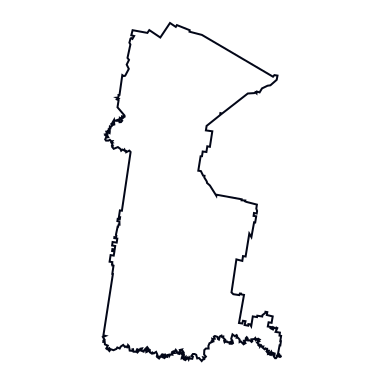 the district of Federation, New South Wales, Australia
{"feature_id": "25037944B19057969948609", "entity_name": "Federation", "entity_type": "district", "adm_level": 2, "iso_a3": "AUS", "parent_name": "Australia", "parent_adm1": "New South Wales", "projection": "albers", "projection_center": [146.287, -35.462], "detail": "fine", "context": "isolated", "style": "outline", "palette": "ink", "viewbox_px": 384, "rotation_deg": 0, "n_neighbors": 0, "source": "geoboundaries", "source_scale": "gbopen_adm2", "svg_char_len": 6081}
<svg xmlns="http://www.w3.org/2000/svg" viewBox="0 0 384 384"><path d="M103.4,335.4L105.5,335.9L102.9,337.0L104.6,339.8L103.4,340.5L103.3,341.9L104.7,341.8L104.9,344.4L107.8,345.6L106.3,348.5L107.2,349.2L109.3,348.1L109.8,348.9L108.8,350.3L109.4,351.0L110.7,349.2L113.5,350.2L116.4,348.9L117.3,347.5L119.7,348.5L120.7,346.6L123.2,344.9L125.0,347.0L126.0,346.4L127.2,347.4L127.8,347.1L128.1,345.2L129.0,346.2L129.7,350.6L132.5,350.9L133.0,350.1L132.6,349.3L133.0,349.2L133.5,351.7L136.6,351.8L137.4,352.5L138.4,351.4L136.7,350.2L137.2,349.2L139.3,350.2L140.4,348.7L142.0,348.4L141.0,350.6L143.5,351.6L143.7,350.5L144.8,350.5L145.0,349.3L147.2,347.1L148.6,349.0L146.6,349.4L146.4,352.0L149.8,350.4L149.9,352.3L151.9,353.6L152.4,352.5L153.8,353.4L156.1,351.9L157.3,354.5L156.9,356.0L158.2,356.3L157.4,357.2L159.1,358.5L162.2,354.3L163.3,354.6L161.9,355.0L162.4,356.0L162.1,357.0L163.5,357.6L163.6,356.4L165.1,354.6L166.1,355.9L164.8,356.6L165.0,357.5L165.8,356.7L167.1,356.9L167.5,355.0L168.9,354.7L169.3,356.1L170.3,354.5L172.4,354.7L172.0,353.1L174.2,353.0L172.7,351.7L173.5,351.3L174.3,352.0L175.7,349.8L176.7,351.1L176.6,352.6L178.0,352.4L178.1,353.6L179.3,354.0L180.5,352.8L179.6,352.1L180.2,351.3L179.8,350.0L181.6,349.6L180.7,350.9L182.4,350.5L183.5,352.2L181.6,353.0L181.5,353.9L182.2,354.3L183.7,353.5L184.0,354.9L182.4,355.1L182.4,356.0L183.6,356.7L181.9,357.2L181.7,358.3L183.6,357.6L183.7,359.3L185.4,360.1L186.1,359.3L184.9,359.2L184.9,357.8L185.8,356.9L186.0,358.5L186.7,358.8L187.6,357.7L188.6,359.5L189.3,357.4L190.3,358.6L192.3,358.8L192.9,356.7L191.4,356.0L192.9,354.0L194.6,354.0L196.2,354.8L197.2,358.4L199.0,358.0L201.7,361.0L202.6,359.7L204.1,359.2L203.3,357.4L204.8,357.8L205.9,356.6L204.1,354.5L204.3,350.1L205.9,348.5L208.6,348.5L208.4,345.9L209.5,343.2L212.5,341.8L211.7,341.1L212.4,340.4L212.3,339.3L213.4,340.2L213.3,338.8L214.7,338.7L213.9,336.6L214.9,336.0L217.5,336.9L218.0,339.0L218.9,339.6L219.9,336.4L221.5,335.6L221.9,336.8L223.3,336.5L223.3,338.0L225.1,339.6L224.1,340.7L224.5,341.9L225.1,341.0L225.8,341.8L226.7,341.3L227.3,342.2L229.1,342.2L229.6,343.7L232.0,343.8L233.0,343.1L232.6,341.6L231.6,342.5L230.3,342.1L232.2,340.5L231.2,338.8L232.5,334.4L234.8,336.2L236.6,335.1L237.2,336.2L236.6,337.7L238.1,337.9L239.6,339.5L239.6,342.0L240.8,341.4L243.6,344.3L245.0,343.4L243.8,342.9L243.7,342.3L244.8,341.9L244.1,340.7L245.8,340.4L245.8,338.2L246.7,337.2L247.4,338.1L246.6,338.6L246.5,339.9L247.7,339.3L248.1,340.5L249.8,340.3L251.6,341.9L252.3,341.2L251.6,339.3L254.2,339.1L255.2,338.1L255.6,339.6L256.1,338.8L257.0,339.3L258.2,338.7L259.6,339.6L257.8,340.8L259.0,341.5L257.1,342.6L258.3,343.9L258.3,345.1L258.9,345.6L259.9,344.7L260.5,345.2L260.3,346.4L261.3,345.5L261.8,346.5L263.1,346.5L262.5,347.5L264.6,349.3L265.2,349.0L265.0,347.7L265.6,348.7L267.1,348.8L266.9,350.5L268.9,350.7L268.7,351.6L266.9,351.8L267.6,352.8L268.7,352.8L268.2,354.1L269.6,354.0L270.2,354.9L271.5,354.6L270.5,352.6L271.2,351.7L271.8,354.0L272.6,352.8L274.3,353.4L272.7,354.8L274.4,355.0L273.8,356.4L275.1,358.2L276.0,358.2L277.3,356.4L276.1,355.3L280.0,357.0L280.8,356.5L280.4,355.5L278.8,355.1L279.0,354.1L278.0,353.9L279.6,345.3L280.3,345.4L280.9,341.2L280.3,341.1L281.1,335.9L279.5,335.6L279.9,332.6L275.6,331.9L277.3,328.1L276.4,327.6L275.9,328.6L273.0,327.1L272.6,328.0L273.5,328.5L273.0,329.5L270.5,328.2L270.9,327.0L267.8,326.5L268.6,322.3L271.6,322.8L272.7,316.4L266.8,315.0L267.3,312.1L265.5,311.8L265.4,312.8L262.4,315.2L262.2,316.5L257.3,315.7L257.0,317.1L252.8,316.4L251.2,326.2L250.1,324.3L248.4,324.1L248.2,325.7L244.6,325.0L245.5,321.2L243.0,320.8L242.3,323.5L239.0,323.0L244.0,294.9L240.8,294.3L240.9,293.6L239.9,293.5L239.2,295.1L233.3,294.2L231.5,292.4L236.4,259.4L242.3,260.9L243.0,256.1L245.6,256.5L249.3,233.6L251.4,237.1L254.1,222.3L255.2,222.5L256.2,216.3L253.6,215.9L254.0,213.0L256.7,213.5L257.1,211.0L256.3,208.6L256.9,204.6L246.4,201.9L245.0,201.3L245.2,200.5L241.6,200.3L241.7,199.3L216.4,194.7L216.3,195.7L209.9,185.5L207.0,182.9L206.8,181.5L204.3,177.5L204.5,175.8L203.1,175.6L200.9,171.1L198.3,170.7L200.6,156.3L202.0,156.2L202.7,151.5L206.4,152.0L207.3,146.3L209.9,146.8L212.3,131.3L205.9,130.4L206.6,125.9L220.1,115.1L220.4,113.1L221.3,113.3L221.1,114.3L247.8,93.5L254.2,93.1L255.3,92.5L256.1,93.1L255.9,92.1L256.9,92.3L257.0,91.6L259.6,92.4L262.0,88.4L267.6,85.7L270.4,85.3L276.7,79.8L277.5,75.6L274.4,75.1L273.0,76.7L201.9,34.9L189.5,31.7L189.7,30.2L176.9,25.1L175.8,26.9L170.0,23.0L160.3,37.5L149.3,30.1L147.4,32.9L132.6,30.2L131.3,35.3L134.1,36.0L132.4,38.9L131.2,38.1L130.5,38.6L129.4,42.7L130.4,44.5L127.5,57.9L129.0,59.9L126.7,64.6L128.8,68.9L125.2,75.7L123.8,76.1L122.3,75.1L119.5,94.9L118.5,95.0L118.6,96.5L117.8,97.6L116.7,97.7L118.5,98.6L117.1,99.5L118.6,100.2L117.5,107.3L124.5,115.5L124.6,116.4L122.0,116.3L122.0,118.0L122.8,118.1L122.1,118.7L119.9,117.8L120.0,119.2L122.1,120.8L121.0,122.1L119.5,122.2L118.8,119.4L117.5,120.1L117.8,120.8L116.7,120.8L116.7,120.2L114.3,121.0L114.1,119.8L112.8,122.0L114.1,122.7L114.3,124.5L113.0,124.9L111.9,123.5L111.3,123.9L111.7,126.1L110.8,126.7L110.5,127.8L109.8,127.0L109.5,129.7L108.8,129.4L108.8,130.2L109.8,130.8L109.7,132.2L107.6,130.9L106.9,131.6L107.7,132.5L106.5,132.1L107.1,133.9L105.9,134.2L106.6,134.6L105.3,135.2L106.7,136.5L107.6,136.1L108.2,137.2L106.0,137.6L105.2,139.4L106.0,140.6L108.5,140.6L109.8,139.8L111.4,141.3L112.3,141.2L111.7,142.1L112.2,142.5L111.4,142.6L112.4,144.3L112.0,145.4L112.8,145.9L112.1,146.8L113.7,148.8L117.9,147.1L120.5,149.0L121.2,150.7L122.5,149.6L124.0,150.3L124.5,149.6L125.2,151.1L126.0,151.0L126.2,152.2L129.3,150.6L130.6,152.0L121.9,210.7L119.9,210.4L118.9,217.1L120.1,217.2L119.8,219.2L117.7,218.9L117.4,221.1L119.4,221.5L119.5,224.6L118.7,224.5L118.0,226.9L117.6,226.8L115.9,235.0L116.4,235.6L116.0,237.4L114.4,237.1L114.3,238.1L117.3,238.6L116.7,242.6L112.6,242.0L112.1,245.5L115.2,246.0L114.7,249.4L112.4,249.1L112.1,251.0L114.4,251.4L114.2,252.8L113.7,255.6L110.6,255.1L109.6,261.7L112.3,262.1L112.0,264.4L112.5,264.5L112.4,265.5L113.5,265.7L112.3,273.9L112.9,274.0L103.4,335.4Z" fill="none" stroke="#020617" stroke-width="2"/></svg>